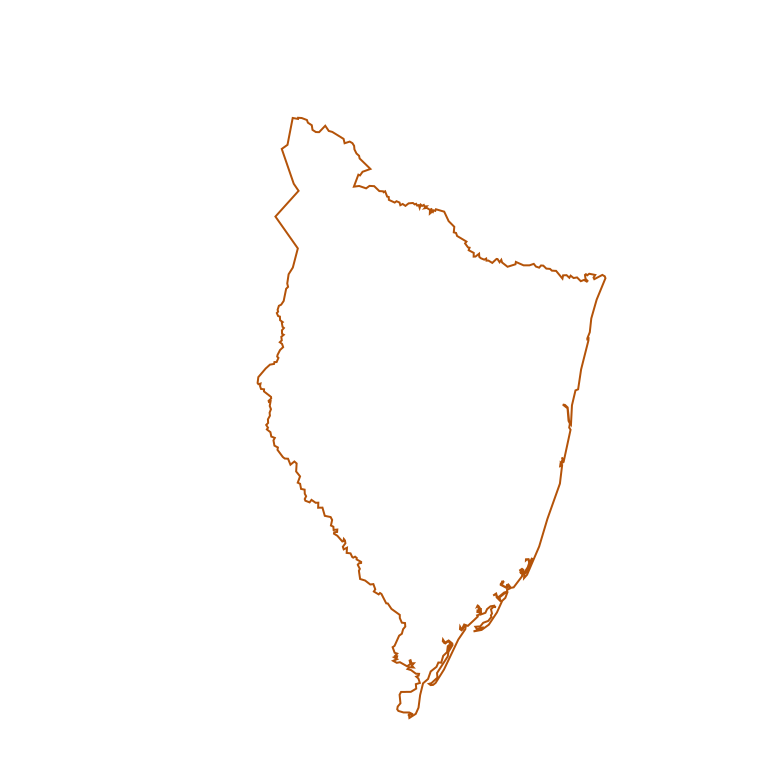 outline of Antón, Coclé, Panama, rotated 313°
{"feature_id": "35544464B51577894822537", "entity_name": "Antón", "entity_type": "district", "adm_level": 2, "iso_a3": "PAN", "parent_name": "Panama", "parent_adm1": "Coclé", "projection": "mercator", "projection_center": [-80.226, 8.473], "detail": "fine", "context": "isolated", "style": "outline", "palette": "amber", "viewbox_px": 768, "rotation_deg": 313, "n_neighbors": 0, "source": "geoboundaries", "source_scale": "gbopen_adm2", "svg_char_len": 6167}
<svg xmlns="http://www.w3.org/2000/svg" viewBox="0 0 768 768"><g transform="rotate(313 384 384)"><path d="M167.4,607.3L161.7,613.8L157.5,614.0L155.1,615.5L154.7,617.5L157.1,622.3L161.0,626.5L161.9,629.5L160.9,629.7L158.5,627.0L158.9,628.1L157.1,630.3L164.4,632.2L170.8,630.0L181.1,622.6L191.7,616.7L198.3,617.4L205.6,614.2L212.9,615.3L217.4,613.7L219.2,615.9L225.6,612.7L230.9,613.0L235.7,609.5L237.2,609.6L238.8,611.3L239.9,606.4L236.1,605.8L235.7,604.7L236.0,602.4L237.3,601.5L236.4,605.0L240.5,606.2L240.8,610.9L239.7,612.2L232.0,613.8L228.3,616.4L208.8,619.9L205.7,623.3L197.6,622.7L195.4,621.4L195.6,623.5L197.4,625.1L200.6,625.6L216.1,622.6L247.8,612.6L260.1,610.7L263.0,608.7L261.3,607.8L258.1,608.9L256.8,608.6L256.5,606.8L258.3,605.4L257.3,608.3L262.8,606.7L264.3,610.3L277.8,611.2L278.3,609.9L280.9,611.3L282.4,610.3L280.9,607.8L282.1,606.9L283.2,609.2L284.7,608.5L284.0,606.8L285.7,604.4L284.6,604.0L285.8,603.6L286.0,604.6L285.6,606.6L284.4,607.2L285.5,608.3L281.7,612.1L285.8,614.2L289.7,612.9L294.0,613.5L297.8,616.4L295.9,615.7L297.2,618.1L295.5,616.0L292.2,615.9L289.8,619.5L287.7,620.0L286.9,621.4L281.8,621.8L277.0,619.4L272.4,619.7L268.8,616.4L268.1,619.3L272.9,622.1L271.9,622.6L264.1,618.2L270.7,623.1L279.4,624.8L293.9,622.4L306.1,618.3L310.3,618.6L315.4,616.5L313.8,615.1L306.6,614.0L304.6,617.8L304.8,611.9L306.9,609.3L303.8,608.1L307.2,608.9L305.7,611.6L306.4,613.1L313.5,614.1L316.1,615.7L317.3,614.4L320.1,615.4L321.6,612.1L318.5,612.9L316.7,606.4L317.8,605.6L320.2,606.1L319.4,604.6L320.8,605.7L319.9,606.6L317.5,606.1L317.9,609.7L319.0,612.3L321.0,611.0L322.2,611.8L321.4,615.8L323.7,617.5L337.4,616.1L339.6,614.6L339.0,613.1L339.5,612.4L342.6,612.4L342.5,611.4L340.2,611.5L340.6,610.5L342.9,611.0L343.1,612.6L341.7,613.5L339.6,612.9L339.9,613.8L342.7,615.1L348.0,614.1L352.0,612.3L353.9,609.9L353.3,608.1L351.9,608.0L352.6,607.4L354.5,609.2L352.9,612.4L357.9,610.9L350.3,614.6L343.5,616.5L340.7,616.2L337.6,618.8L342.1,618.7L371.0,608.3L396.8,595.5L431.1,580.6L446.3,569.5L446.5,567.7L445.0,569.5L444.0,568.9L446.6,567.1L450.2,566.4L451.7,564.2L450.7,566.7L447.3,568.0L449.5,568.5L477.8,551.6L478.4,549.2L481.8,547.0L482.9,544.1L491.4,534.8L490.9,528.8L492.1,530.6L492.1,534.3L483.4,544.3L482.2,548.1L496.6,536.0L509.9,528.4L512.5,529.6L529.1,518.2L555.1,503.9L557.8,501.7L554.6,503.0L556.0,501.6L562.2,499.2L573.3,490.9L590.7,482.0L612.4,473.8L613.3,472.0L612.7,469.3L604.1,466.3L604.7,464.7L607.8,464.1L604.6,458.9L602.1,458.5L602.0,456.8L600.8,456.6L598.4,459.6L598.2,462.5L597.2,462.5L596.5,459.3L593.4,457.8L593.6,452.5L590.8,450.4L590.5,446.6L588.1,447.1L588.1,443.3L585.6,440.9L582.8,442.6L584.1,432.7L581.4,429.5L581.4,426.9L579.1,424.0L579.2,419.8L577.8,418.0L574.9,418.1L573.5,415.0L574.0,411.6L569.9,409.4L566.0,405.2L563.2,397.2L561.2,398.5L554.0,394.4L553.4,387.5L554.8,385.1L551.9,385.5L552.8,381.8L552.2,381.0L546.4,380.6L545.5,376.2L544.1,374.8L545.4,373.2L543.3,372.5L542.0,369.0L542.0,366.9L544.1,364.7L539.6,364.0L538.3,362.7L541.1,360.2L539.6,354.7L542.0,353.6L541.2,352.3L542.1,347.4L544.4,347.2L542.1,336.5L543.6,333.7L542.5,331.6L546.9,328.2L547.2,320.2L551.1,310.5L547.2,302.8L545.6,303.4L545.0,302.0L543.4,302.4L544.5,298.6L542.3,301.6L539.9,301.3L542.7,298.9L542.0,295.2L540.3,293.9L543.0,294.0L541.5,292.5L542.1,291.0L540.2,290.4L540.2,288.6L537.1,290.0L538.6,287.4L537.1,286.6L537.7,284.6L536.3,284.0L536.1,281.7L532.9,278.8L528.9,278.2L528.4,274.9L525.9,274.0L527.3,271.6L526.2,268.5L524.0,268.1L522.0,262.0L524.0,259.9L523.2,258.5L525.7,253.4L524.0,252.9L524.3,251.9L521.9,249.0L522.0,241.9L519.0,238.3L514.9,237.5L511.9,230.8L507.8,227.4L519.6,222.5L520.2,224.2L524.6,223.6L532.0,227.4L532.3,212.4L533.9,210.1L533.8,206.7L535.4,202.4L537.8,199.7L538.6,196.6L537.9,193.6L533.2,191.0L535.7,187.3L533.1,174.3L531.4,171.0L532.8,164.9L524.0,164.8L521.8,162.4L521.1,158.4L524.0,154.7L523.2,150.1L524.5,147.6L522.4,142.4L520.1,139.6L519.2,140.3L516.3,135.8L493.1,150.3L486.2,148.9L468.9,181.4L467.0,189.8L432.4,190.4L424.4,228.5L407.0,237.9L399.2,239.4L391.5,244.7L389.6,247.6L386.9,247.5L376.3,254.0L371.9,254.7L369.5,253.8L365.7,255.6L364.7,257.2L362.8,257.2L361.5,260.2L362.3,261.9L359.8,264.5L360.2,267.7L359.1,267.5L356.6,270.8L356.7,272.6L353.7,272.7L351.2,275.2L351.6,277.1L348.5,276.7L346.2,279.5L343.5,279.3L343.8,282.1L342.2,285.1L338.0,284.8L332.7,286.3L331.2,287.2L331.1,289.0L326.8,290.5L325.3,288.9L323.7,289.9L320.4,287.4L314.7,286.9L303.3,287.4L298.5,290.9L298.2,292.3L300.1,293.4L298.0,294.7L296.5,297.4L298.3,299.9L296.7,301.3L297.5,310.2L296.4,311.4L293.0,311.1L292.4,312.1L293.9,312.9L290.0,315.4L288.5,318.5L285.0,319.9L283.0,322.2L279.0,323.2L276.5,325.8L273.7,325.8L272.9,329.0L270.9,329.3L271.3,333.8L268.7,337.4L270.1,340.9L267.4,341.6L264.2,345.9L265.2,349.7L263.2,351.0L261.6,359.8L261.8,362.2L263.9,364.8L261.2,370.6L266.2,371.3L266.3,374.3L260.1,379.4L259.2,385.6L253.0,388.2L253.8,390.7L250.7,394.9L252.6,398.0L249.7,400.9L248.8,403.6L245.8,404.5L245.0,406.1L246.7,410.3L249.8,410.0L250.5,415.0L252.4,416.9L248.6,420.2L251.6,423.3L247.2,430.6L250.3,435.7L249.2,438.8L244.3,441.7L245.1,444.3L242.9,446.7L245.7,449.1L243.8,450.6L241.6,448.7L240.4,449.5L241.2,453.4L240.4,460.9L241.4,461.5L243.2,460.4L242.9,462.2L241.2,464.4L236.9,464.9L235.6,467.3L239.0,468.6L235.0,471.9L237.3,475.0L235.8,478.7L236.0,479.9L238.0,480.6L238.2,482.7L237.0,483.6L238.3,488.6L237.5,489.3L235.6,487.9L233.9,488.1L232.3,492.4L230.3,493.0L225.1,499.5L227.4,504.2L228.0,510.7L230.4,512.7L227.9,517.6L225.3,518.1L226.5,523.6L228.4,523.6L228.7,525.3L225.1,535.2L226.1,536.5L224.6,542.8L225.9,553.0L223.6,555.2L221.6,559.8L223.5,562.4L221.1,565.0L217.7,565.2L213.5,567.4L210.3,566.7L199.7,570.3L197.4,569.8L194.7,575.1L195.8,577.5L192.9,577.5L193.9,579.3L193.2,579.7L191.1,578.1L191.7,581.2L187.8,579.5L188.8,583.5L191.4,585.4L193.3,593.4L197.2,594.3L199.2,591.4L200.1,591.8L198.5,594.6L200.1,596.3L197.0,596.4L196.8,598.9L194.1,595.6L191.6,595.6L193.2,598.9L193.9,604.9L195.9,607.3L194.3,608.2L192.0,607.2L192.1,610.0L189.8,614.1L186.2,612.0L183.2,615.3L177.2,613.6L170.4,606.5L167.4,607.3ZM237.7,611.8L237.4,610.4L235.9,610.0L233.0,612.1L237.7,611.8Z" fill="none" stroke="#b45309" stroke-width="2"/></g></svg>